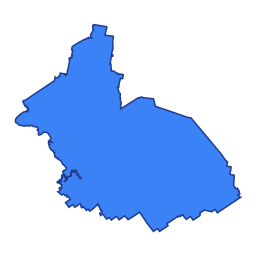 Launceston, Tasmania, Australia (Equal Earth projection)
{"feature_id": "25037944B58577428038391", "entity_name": "Launceston", "entity_type": "district", "adm_level": 2, "iso_a3": "AUS", "parent_name": "Australia", "parent_adm1": "Tasmania", "projection": "equal_earth", "projection_center": [147.112, -41.321], "detail": "fine", "context": "isolated", "style": "filled", "palette": "blue", "viewbox_px": 256, "rotation_deg": 0, "n_neighbors": 0, "source": "geoboundaries", "source_scale": "gbopen_adm2", "svg_char_len": 5599}
<svg xmlns="http://www.w3.org/2000/svg" viewBox="0 0 256 256"><path d="M221.5,154.4L191.0,117.9L187.8,117.4L155.4,106.3L153.5,98.8L146.6,98.0L143.4,97.9L142.3,97.0L139.5,97.5L139.4,98.1L138.0,97.9L120.5,109.0L121.3,102.7L121.2,102.1L120.5,100.9L120.2,99.7L120.3,99.2L120.6,98.9L120.0,96.7L120.2,95.7L120.4,94.0L119.4,92.6L119.0,92.3L117.5,86.9L118.7,87.1L119.3,82.6L120.2,79.8L120.4,78.4L122.6,78.7L123.3,74.6L119.3,73.9L119.2,74.5L117.4,74.2L117.6,73.2L116.1,73.0L114.4,71.3L112.2,70.9L112.2,71.1L111.3,71.0L111.1,70.0L111.3,68.5L110.8,65.4L111.0,64.2L110.3,64.1L110.3,64.4L110.0,64.3L111.4,56.1L112.7,56.3L112.9,54.9L111.6,54.7L112.2,50.5L112.6,50.6L113.0,48.3L112.7,41.1L113.4,36.3L105.0,35.2L106.9,27.2L106.6,26.7L94.6,24.7L94.0,24.6L93.8,25.4L92.9,25.3L92.7,26.7L93.2,26.8L92.8,29.4L93.3,29.5L93.2,30.2L90.5,34.9L90.7,36.6L91.8,38.0L88.2,37.4L88.0,38.7L86.4,38.4L78.3,42.7L72.3,46.5L71.6,49.8L72.7,50.0L71.7,55.5L72.2,55.6L71.9,57.5L70.7,57.3L70.4,58.4L69.2,58.1L69.1,59.1L69.8,59.2L68.0,69.6L67.7,69.6L66.8,74.6L66.3,74.7L66.0,75.0L65.8,75.4L65.6,75.5L65.2,75.3L65.0,74.9L64.9,74.3L65.1,73.9L60.2,73.1L59.6,76.4L59.1,76.2L58.5,76.4L58.1,77.0L57.9,77.6L56.7,78.1L55.9,77.7L55.2,76.9L54.4,80.7L31.0,96.4L25.4,100.2L23.3,100.6L22.9,102.0L23.8,103.1L24.1,103.8L24.1,104.4L24.3,104.6L24.4,105.1L25.0,105.4L25.7,105.5L25.3,106.5L26.8,106.4L27.1,107.2L26.8,107.4L26.8,107.6L27.6,108.2L28.4,108.5L28.4,109.3L28.2,109.3L27.9,109.9L27.7,109.9L27.9,110.2L27.8,110.5L27.6,110.6L27.9,111.0L27.7,111.4L27.8,111.6L27.2,111.7L26.3,111.2L24.3,112.0L23.3,112.1L21.6,113.5L20.2,114.1L20.0,114.4L19.8,115.2L18.2,115.9L17.9,116.9L17.0,117.3L16.7,117.9L16.1,118.3L15.4,120.2L15.5,121.7L15.9,122.7L17.5,123.4L17.6,123.7L18.2,124.4L19.1,125.1L20.3,125.4L21.0,125.3L23.0,126.0L23.8,125.9L24.4,126.2L25.7,125.6L27.5,125.9L28.3,125.5L28.8,125.9L29.2,126.0L29.9,125.7L30.1,125.8L30.7,125.5L31.1,125.6L31.4,125.4L32.9,126.0L33.3,126.6L34.7,126.5L36.6,127.1L37.4,127.5L38.0,128.0L38.3,128.8L38.4,128.7L38.2,129.2L38.3,129.1L38.2,129.4L37.8,129.6L37.4,129.5L37.4,130.4L37.9,130.7L38.4,131.5L38.6,132.3L38.3,134.2L38.6,135.0L39.8,135.0L41.2,134.2L43.1,132.7L44.0,132.3L45.1,132.1L47.3,132.6L47.5,132.4L47.4,132.7L48.2,133.5L50.1,136.6L50.7,137.3L50.8,138.5L50.3,139.6L49.4,140.4L49.6,140.5L49.3,140.4L48.6,141.1L48.4,141.6L48.5,142.7L48.9,142.2L49.2,142.1L50.4,142.2L50.6,141.9L51.0,141.6L51.3,141.7L51.6,142.2L52.6,142.7L53.1,142.5L52.7,142.7L52.9,142.8L52.6,142.7L51.6,142.2L50.9,141.7L50.4,142.3L49.0,142.3L48.5,142.9L48.9,144.8L49.1,145.1L49.3,145.1L49.1,145.3L49.5,147.2L50.0,148.3L50.5,149.0L50.9,149.1L50.7,149.1L51.7,150.3L52.7,151.0L52.9,150.9L52.8,151.1L53.6,151.9L54.2,153.2L54.4,153.1L54.3,153.3L54.6,154.7L54.6,156.1L54.8,156.2L54.7,156.4L54.8,156.6L57.1,158.3L57.3,158.2L57.2,158.4L58.2,159.4L59.9,160.2L61.1,161.2L61.6,161.7L62.6,164.2L64.4,165.6L66.1,167.7L66.2,168.2L66.1,169.0L65.6,169.8L64.2,170.4L64.1,170.6L64.0,170.4L63.6,170.7L63.1,171.1L62.8,171.7L63.1,172.8L64.5,174.7L65.9,177.0L66.4,177.5L66.8,177.6L67.3,177.2L67.6,176.6L69.4,176.4L70.9,175.7L71.2,175.3L70.6,174.2L71.2,171.8L71.7,170.5L72.1,170.2L72.6,170.2L72.8,171.3L73.1,171.8L73.5,172.1L73.9,172.1L74.3,172.0L74.5,171.6L74.6,170.1L75.1,169.9L76.1,170.4L76.9,171.7L76.5,173.3L77.3,174.8L78.2,174.2L78.5,174.3L78.7,174.6L78.4,175.6L78.9,176.8L79.0,177.5L79.6,177.7L79.8,177.3L80.2,177.1L80.7,177.8L81.4,178.0L81.3,178.5L81.1,178.9L81.2,178.0L80.6,177.9L80.2,177.2L79.9,177.4L79.7,178.0L79.3,177.9L78.9,177.5L78.2,175.7L78.5,174.5L78.3,174.5L77.7,175.0L77.2,175.0L76.3,173.4L76.7,171.6L75.8,170.5L75.2,170.1L74.8,170.2L74.8,171.3L74.6,171.9L74.3,172.3L73.6,172.3L72.7,171.8L72.5,170.6L72.2,170.4L71.9,170.8L71.5,171.8L71.5,172.2L71.4,172.3L71.0,173.9L71.0,174.4L71.4,175.1L71.3,175.7L70.7,176.2L69.0,176.9L67.8,177.0L67.4,177.9L66.7,178.2L67.2,179.2L67.1,180.1L66.5,180.5L66.1,180.5L64.5,181.8L63.9,182.0L65.8,180.4L66.0,180.2L66.1,179.4L65.1,177.8L63.8,175.0L63.1,174.3L62.4,174.8L61.7,175.6L61.8,175.9L62.1,175.7L62.5,176.4L61.6,176.9L62.0,177.9L61.8,178.0L61.9,178.5L60.7,179.1L60.8,179.6L60.7,179.5L59.2,180.2L61.2,181.5L61.1,182.0L57.4,181.6L57.2,182.6L60.0,183.5L60.7,184.4L61.7,184.7L61.5,185.3L61.4,186.2L61.9,187.1L61.8,188.1L60.9,188.7L60.2,188.1L60.4,187.9L59.8,187.5L59.1,188.3L59.6,188.8L59.8,188.6L60.5,189.2L60.1,190.0L59.0,191.2L58.6,191.6L57.9,191.8L61.8,195.0L63.7,194.0L64.9,195.5L66.3,195.3L66.2,195.4L66.8,196.0L66.6,196.1L66.5,196.9L67.5,196.8L68.1,196.4L70.2,199.3L65.5,202.6L69.0,207.3L72.8,204.6L74.9,207.2L80.1,203.7L80.6,204.2L80.9,204.7L81.1,205.3L80.8,206.3L81.7,207.7L82.3,207.3L82.4,207.5L83.4,206.8L84.6,208.4L84.8,208.6L85.0,208.5L86.3,210.4L88.2,209.1L89.7,211.2L92.7,209.0L97.4,204.7L97.8,204.0L97.9,204.3L98.5,204.9L98.4,206.0L98.8,206.5L99.4,206.5L99.7,207.7L99.9,207.9L99.8,208.3L100.1,208.6L100.1,209.0L100.4,209.5L100.6,210.4L101.3,209.9L102.4,211.6L99.8,213.3L100.6,215.5L102.7,214.0L106.6,219.1L108.9,217.5L111.4,220.0L116.5,216.3L119.1,219.8L124.8,215.8L128.1,219.7L136.2,214.6L139.5,212.1L145.1,220.2L146.6,222.7L153.4,231.4L157.7,228.6L159.5,231.4L168.1,225.7L166.8,223.8L177.7,216.5L178.1,217.0L179.9,215.8L180.4,216.4L182.9,214.7L183.7,216.3L185.3,218.3L186.4,219.4L190.5,216.4L193.1,220.1L199.7,215.8L200.1,215.1L200.1,213.9L199.6,213.2L204.3,210.1L211.8,211.7L215.1,209.4L217.4,212.8L240.6,197.3L239.7,197.1L239.4,196.8L239.3,196.4L239.0,196.3L238.8,195.9L237.8,195.4L239.9,193.9L238.4,191.6L239.2,191.1L237.2,188.1L236.0,188.8L233.7,185.5L234.2,175.2L229.9,174.4L230.7,170.2L231.1,166.9L226.7,166.1L227.5,161.9L225.2,159.8L221.5,154.4Z" fill="#3b82f6" stroke="#1e3a8a" stroke-width="1.5"/></svg>